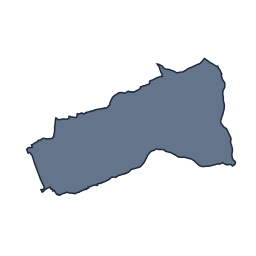 Harseni, Brasov, Romania (Equal Earth projection), rotated 259°
{"feature_id": "2599482B70771165019012", "entity_name": "Harseni", "entity_type": "district", "adm_level": 2, "iso_a3": "ROU", "parent_name": "Romania", "parent_adm1": "Brasov", "projection": "equal_earth", "projection_center": [25.04, 45.68], "detail": "fine", "context": "isolated", "style": "filled", "palette": "slate", "viewbox_px": 256, "rotation_deg": 259, "n_neighbors": 0, "source": "geoboundaries", "source_scale": "gbopen_adm2", "svg_char_len": 5560}
<svg xmlns="http://www.w3.org/2000/svg" viewBox="0 0 256 256"><g transform="rotate(259 128 128)"><path d="M171.5,227.9L171.6,226.9L173.1,225.0L174.9,223.2L176.7,220.9L181.7,216.4L177.5,210.9L177.2,208.8L175.6,202.4L174.9,198.5L174.0,196.5L172.8,193.2L172.6,192.1L172.9,189.3L172.8,186.6L173.5,185.5L174.4,184.7L175.4,183.2L176.2,181.7L177.6,179.6L178.3,177.0L178.6,176.1L180.5,174.2L182.1,173.6L184.8,170.2L185.2,168.8L182.0,170.3L181.1,170.4L180.7,170.4L179.5,170.5L178.6,170.7L178.0,170.7L177.4,170.8L176.7,170.9L175.7,171.2L174.7,171.5L174.0,171.6L173.0,171.6L172.2,171.7L172.4,169.9L172.4,169.0L172.1,168.1L171.9,166.9L171.9,166.0L171.5,165.1L171.3,163.9L171.0,163.2L170.6,162.1L170.4,161.0L170.3,159.9L170.2,159.0L169.9,158.5L168.8,157.8L167.4,157.7L167.2,157.4L167.0,156.2L166.8,154.2L166.6,153.9L166.6,153.1L166.3,152.3L166.5,151.1L166.4,150.5L166.1,149.3L165.8,149.0L166.0,148.3L165.5,148.0L164.2,147.0L163.8,146.3L163.2,145.0L163.3,144.1L163.0,143.3L162.8,143.1L162.7,142.6L162.5,141.9L162.3,141.2L162.4,140.2L162.2,139.2L162.9,138.7L163.0,137.3L163.0,136.5L163.9,135.9L164.0,135.0L163.7,134.0L163.0,132.5L162.8,131.4L163.7,129.5L164.1,128.3L164.3,126.7L164.3,125.4L163.7,124.5L163.3,123.1L162.8,122.6L162.9,121.8L162.5,121.2L161.7,119.6L161.0,118.8L160.0,117.9L159.2,117.2L158.6,116.8L156.4,115.3L155.8,114.9L154.2,114.6L153.3,112.9L151.8,111.2L151.7,110.6L152.3,108.6L152.1,107.8L152.0,107.6L152.0,107.1L151.9,106.3L152.1,105.9L152.0,105.0L152.1,103.9L152.1,103.2L152.1,101.8L152.1,100.8L152.1,99.7L152.2,99.2L151.9,98.4L151.8,97.6L151.5,96.9L151.7,96.6L151.6,95.6L151.7,95.0L151.4,94.3L151.5,93.5L151.3,92.9L151.2,90.9L151.4,90.2L150.8,89.8L151.0,89.3L150.7,89.3L150.4,88.6L150.4,88.0L150.2,87.1L151.4,85.9L151.7,84.9L151.4,84.6L151.1,82.6L151.7,81.0L149.1,79.9L148.3,79.5L148.2,78.8L149.9,74.0L150.3,73.6L150.7,72.3L148.4,71.7L148.5,67.6L149.2,67.0L149.3,62.2L149.5,60.8L150.8,60.2L151.6,59.1L150.4,58.5L148.5,58.0L147.5,57.6L145.3,57.1L144.5,56.8L143.5,56.3L142.6,56.1L141.0,55.9L140.6,55.8L139.8,55.5L138.8,55.3L137.8,54.9L137.0,54.7L136.7,54.5L135.9,54.0L134.9,53.7L134.2,53.7L133.2,52.6L132.3,51.4L132.3,51.1L132.5,47.6L132.5,47.3L132.9,46.3L133.2,45.5L133.7,44.1L134.0,43.2L134.0,42.4L133.9,42.0L133.9,41.8L133.8,41.5L133.1,40.1L133.0,39.9L132.9,39.8L132.9,39.7L133.0,37.6L132.9,37.4L132.7,37.3L132.6,37.1L131.6,35.9L131.4,35.6L131.4,35.4L131.4,35.1L131.4,34.1L131.3,33.9L130.9,33.2L130.6,32.8L130.3,31.9L130.0,31.2L129.9,30.9L129.9,30.6L129.9,30.1L129.1,30.1L127.2,30.2L127.3,28.4L127.5,28.1L127.7,27.7L127.7,27.4L127.7,26.7L127.6,26.2L127.3,25.7L126.8,25.3L126.7,25.0L126.6,24.9L126.5,24.7L126.4,24.4L122.4,25.1L122.8,26.7L122.5,27.0L122.0,27.3L120.7,27.7L120.3,28.2L119.8,28.5L119.1,28.6L118.6,28.7L116.6,29.0L115.5,29.1L113.0,29.4L111.9,29.4L110.7,29.6L103.3,30.9L101.4,31.2L99.2,31.6L95.7,32.1L90.7,33.2L85.9,34.6L85.7,34.5L84.8,34.0L84.1,33.5L83.9,33.2L84.0,32.7L84.0,32.0L84.0,31.5L84.0,31.3L84.1,30.8L83.0,31.1L81.4,31.5L81.6,31.9L81.7,32.2L81.8,32.5L82.1,33.0L82.3,33.4L82.9,34.1L83.2,34.6L83.4,35.0L83.5,35.3L83.8,36.2L83.9,36.6L84.1,37.0L84.5,37.9L84.5,38.2L84.6,38.6L84.6,39.0L84.7,39.7L84.7,40.4L83.4,40.4L83.3,41.0L82.5,41.0L82.4,41.2L82.4,42.0L80.4,42.2L80.9,43.6L80.6,43.7L79.9,43.9L78.9,44.4L78.2,44.7L76.5,45.3L76.6,45.7L76.6,45.8L76.3,46.2L75.9,46.9L75.7,47.2L75.4,47.0L75.1,48.3L75.1,48.5L75.3,49.1L75.5,49.5L75.9,50.5L76.0,51.6L76.3,54.8L76.7,55.5L76.6,55.8L76.5,56.1L75.5,57.8L75.4,58.4L75.3,58.8L75.0,59.5L73.6,63.9L73.8,64.0L74.1,65.4L74.4,66.3L74.4,66.9L74.3,67.0L74.4,67.3L74.3,67.9L74.7,68.5L74.8,68.5L74.9,69.5L75.3,71.2L75.8,73.5L76.2,75.3L75.7,75.5L75.8,75.7L76.1,76.2L76.2,76.4L76.4,76.9L76.5,77.2L76.5,77.6L76.6,77.8L77.5,77.5L77.5,79.0L77.6,79.4L77.7,80.2L77.8,80.7L78.0,81.6L78.3,82.8L78.3,83.1L78.3,83.5L78.3,84.0L78.0,86.0L77.7,86.1L77.7,87.3L79.1,87.4L79.0,89.2L78.9,91.0L79.2,91.1L79.3,92.2L79.3,92.8L79.4,93.3L79.5,93.6L79.7,94.5L80.6,98.2L81.1,99.7L82.3,101.6L82.5,101.9L82.6,102.2L82.7,102.6L82.6,103.0L82.7,103.4L82.7,104.0L82.5,104.5L82.4,104.9L82.2,106.3L81.9,106.9L82.4,107.4L82.4,108.1L82.6,108.4L83.1,109.2L83.3,110.0L83.2,111.1L83.4,112.0L83.3,112.3L83.5,113.1L83.7,113.5L83.7,113.9L83.5,114.5L83.6,115.1L83.6,115.7L83.5,116.1L84.0,116.8L83.8,116.9L83.9,117.3L83.9,117.9L84.0,118.1L84.1,118.4L84.1,118.7L84.4,119.2L84.6,119.4L84.5,119.6L84.4,119.7L84.5,119.9L84.5,120.1L86.8,123.5L87.0,127.8L87.5,132.4L88.0,133.4L90.6,136.7L94.5,140.0L97.9,142.5L99.7,144.7L100.3,145.7L101.1,147.8L101.0,149.4L101.7,150.7L102.0,152.0L101.8,152.7L100.9,154.3L100.8,155.6L100.0,158.6L99.7,159.0L97.9,160.5L95.8,165.1L92.4,169.4L90.0,171.8L89.7,172.3L88.6,177.4L88.3,178.3L86.1,182.8L85.8,183.9L83.2,186.7L77.9,190.5L76.3,192.7L75.8,194.3L75.1,201.3L75.4,206.5L75.6,208.1L75.6,208.9L75.1,211.2L75.7,213.5L75.7,214.2L75.3,214.8L73.5,217.1L73.1,217.8L72.8,219.8L72.8,221.4L72.6,222.0L70.8,223.2L71.3,224.9L71.7,225.8L73.5,226.9L74.7,226.7L76.5,225.3L77.0,225.0L78.8,224.7L82.2,224.8L85.1,226.0L86.9,226.4L87.9,226.5L91.4,226.3L92.9,226.0L94.8,226.0L96.8,226.8L98.1,227.1L101.4,226.4L103.1,226.0L108.3,224.6L108.8,224.2L110.3,222.6L112.0,221.6L114.8,220.3L116.6,220.1L117.7,220.5L119.2,221.4L121.3,222.4L123.4,223.7L127.4,225.5L127.8,225.8L129.4,226.3L131.8,226.9L134.1,227.0L136.8,226.8L138.5,227.2L139.1,227.2L139.6,227.4L141.2,227.5L142.1,227.4L144.3,227.7L146.1,228.3L146.8,228.6L149.3,230.6L150.3,231.0L151.2,231.0L153.0,231.5L153.8,231.6L157.1,230.2L158.7,229.8L161.9,229.6L163.0,230.4L163.9,230.0L164.5,230.0L167.0,229.4L169.6,228.2L171.5,227.9Z" fill="#64748b" stroke="#1e293b" stroke-width="1.5"/></g></svg>